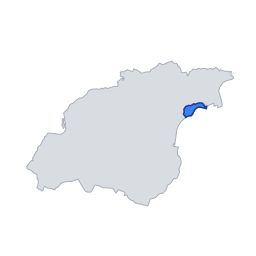 where Gilan sits in Iran, rotated 111°
{"feature_id": "IRN-3240", "entity_name": "Gilan", "entity_type": "Province", "adm_level": 1, "iso_a3": "IRN", "parent_name": "Iran", "parent_adm1": "", "projection": "robinson", "projection_center": [49.412, 37.503], "detail": "coarse", "context": "in_parent", "style": "filled", "palette": "blue", "viewbox_px": 256, "rotation_deg": 111, "n_neighbors": 0, "source": "natural_earth", "source_scale": "10m", "svg_char_len": 4080}
<svg xmlns="http://www.w3.org/2000/svg" viewBox="0 0 256 256"><g transform="rotate(111 128 128)"><path d="M127.7,73.9L130.2,74.0L134.8,72.5L135.2,72.2L136.6,69.1L138.1,67.8L140.8,66.1L142.6,65.6L148.9,65.8L149.3,64.6L150.4,64.0L157.2,64.3L158.3,65.3L158.7,67.0L164.5,68.6L165.6,69.1L167.1,70.4L168.2,70.7L169.7,70.1L170.6,70.5L172.1,70.2L176.6,72.1L177.2,74.0L178.1,74.9L179.1,75.7L182.6,77.2L183.7,78.1L186.4,81.7L193.5,81.6L194.0,82.4L193.9,83.9L194.6,87.6L194.1,88.9L195.1,90.1L195.0,92.4L195.5,94.0L194.7,96.2L193.9,96.7L194.5,98.6L193.8,100.5L194.0,101.2L192.9,102.8L192.8,103.5L190.8,105.0L192.4,107.2L190.1,107.3L188.8,109.6L189.3,112.4L188.9,113.8L189.2,114.7L189.8,115.2L192.9,115.8L193.0,116.1L189.8,120.2L190.0,121.7L192.7,130.0L192.4,134.1L192.9,138.3L200.7,139.5L201.6,140.6L202.3,142.9L202.3,144.7L202.1,145.6L193.7,156.3L198.3,161.7L198.5,162.9L201.3,168.1L203.9,170.8L208.3,172.2L210.3,174.2L212.1,174.1L212.0,176.8L212.9,182.3L212.4,184.9L214.0,185.4L216.3,185.0L217.2,185.5L217.7,186.4L217.1,187.0L217.2,189.1L216.6,189.6L216.4,191.7L212.9,191.7L209.7,192.7L208.5,193.4L207.9,194.9L206.8,194.8L206.5,195.3L204.2,196.3L203.5,200.6L202.6,201.6L202.1,207.6L201.6,207.7L200.5,208.7L193.3,206.7L192.6,205.3L191.8,205.0L190.8,206.4L187.2,205.6L186.0,205.9L185.3,205.4L183.4,205.4L181.8,204.5L178.0,205.3L175.6,203.7L173.1,203.3L170.0,203.3L167.4,202.2L166.1,202.7L165.5,201.9L161.7,201.1L160.4,198.4L160.4,197.1L159.4,194.7L159.0,191.3L158.2,188.9L156.5,186.8L152.2,185.6L150.0,186.2L148.3,187.4L145.6,188.1L143.5,190.3L142.3,190.2L137.3,193.3L136.2,193.2L132.4,191.2L130.7,190.8L127.3,190.8L125.4,189.4L124.9,188.4L120.4,186.2L117.7,184.2L116.8,182.4L115.6,181.0L113.0,179.9L111.4,178.7L107.3,178.3L104.4,175.3L104.3,174.4L102.6,171.1L102.3,168.8L101.9,168.2L100.5,167.2L100.2,166.6L100.5,165.1L98.7,164.2L98.4,163.4L98.4,161.1L93.9,155.6L93.0,152.6L92.2,152.4L88.2,154.4L87.0,153.3L83.5,151.4L83.0,150.6L83.9,150.3L84.7,150.6L85.3,150.2L85.1,149.5L84.2,149.1L83.0,149.2L83.3,149.8L82.2,150.4L82.0,151.1L82.2,153.4L81.8,154.1L79.9,154.4L78.7,155.2L77.7,154.3L77.4,152.7L76.7,151.6L75.7,151.2L75.0,150.2L73.8,149.6L73.8,143.8L70.7,143.7L70.7,139.3L72.1,135.0L69.2,131.1L67.9,128.0L67.1,127.5L65.6,127.6L60.5,123.5L58.8,122.5L56.3,122.2L56.0,120.7L56.7,119.2L55.5,117.1L55.2,116.5L54.2,116.3L54.2,115.0L52.9,115.0L50.5,111.5L49.8,111.0L51.2,108.3L50.3,106.1L50.9,104.3L52.1,104.3L52.5,101.9L54.8,99.3L56.8,98.3L57.0,97.5L56.6,96.1L55.3,94.4L55.5,93.0L55.9,92.3L58.0,91.5L58.1,91.2L57.2,90.6L53.6,90.6L51.6,88.9L49.8,88.5L48.8,84.8L48.5,84.3L47.6,84.2L47.1,83.5L46.8,81.0L45.6,79.9L44.6,76.2L44.5,75.3L44.9,74.5L42.9,72.9L42.7,70.5L43.1,69.9L40.8,68.1L39.8,68.0L39.7,67.7L41.3,63.9L42.0,63.0L40.6,62.5L40.6,60.6L40.3,59.0L40.5,57.5L39.6,56.4L39.3,55.8L39.7,54.1L38.8,53.3L38.3,51.6L41.6,51.1L42.3,48.4L43.5,47.3L45.5,48.6L48.4,52.9L50.1,54.2L51.4,55.6L57.6,57.2L58.9,56.7L61.1,56.8L63.8,54.1L65.0,53.7L68.2,51.1L72.1,48.6L74.1,48.2L77.0,51.3L75.3,52.3L75.0,53.1L75.2,53.8L76.6,54.6L76.7,55.5L76.3,55.9L74.5,56.4L74.1,57.3L75.9,58.7L76.8,60.0L77.8,60.3L79.4,62.2L81.9,61.9L82.4,66.5L83.8,70.4L86.5,72.0L93.3,73.2L94.1,74.0L95.2,76.0L97.0,77.5L102.4,80.5L108.2,81.9L112.1,81.8L126.4,78.4L127.8,78.4L125.7,79.3L126.5,79.7L128.3,79.7L128.7,79.3L128.8,78.8L127.7,73.9ZM150.7,188.7L149.8,190.0L148.5,191.1L147.5,190.8L143.5,192.4L142.5,192.3L142.3,191.8L146.7,189.9L146.9,189.4L146.6,188.4L148.0,188.8L149.6,188.0L150.9,187.8L151.5,188.3L150.7,188.7Z" fill="#d9dde1" stroke="#a8b0b8" stroke-width="1"/><path d="M79.6,62.4L80.2,62.3L81.1,61.8L82.0,61.9L82.0,64.0L82.6,67.1L82.6,67.8L83.0,68.4L82.9,68.7L83.2,69.6L84.3,70.8L87.1,72.2L90.6,72.7L91.6,72.5L91.9,72.6L91.6,72.7L93.5,73.2L94.2,73.7L94.2,74.1L94.4,74.6L95.1,76.0L96.5,77.3L97.4,77.8L97.0,78.5L96.2,79.1L96.0,80.0L95.4,81.0L94.9,81.3L93.7,81.2L93.0,81.3L90.4,82.5L87.4,81.8L86.3,80.7L86.2,80.1L85.3,79.7L84.8,77.9L84.4,77.3L83.4,76.3L82.0,75.5L81.8,74.6L81.9,73.8L80.5,72.5L79.0,70.2L78.2,68.0L78.2,67.4L78.5,67.0L78.7,66.0L80.9,63.5L80.2,63.2L79.6,62.4Z" fill="#3b82f6" stroke="#1e3a8a" stroke-width="1.5"/></g></svg>